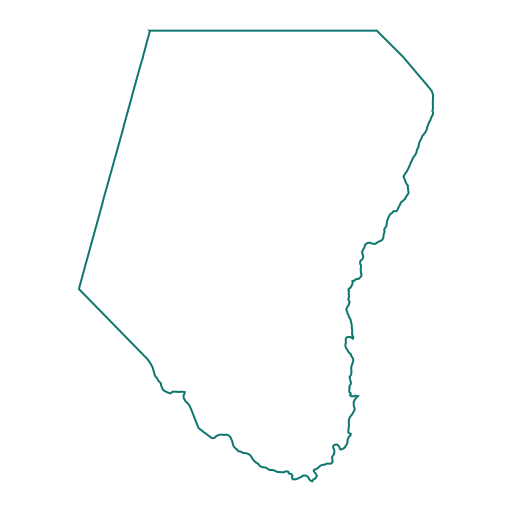 Susques, Jujuy, Argentina (Robinson projection)
{"feature_id": "61730980B41665984357705", "entity_name": "Susques", "entity_type": "district", "adm_level": 2, "iso_a3": "ARG", "parent_name": "Argentina", "parent_adm1": "Jujuy", "projection": "robinson", "projection_center": [-66.504, -23.606], "detail": "fine", "context": "isolated", "style": "outline", "palette": "teal", "viewbox_px": 512, "rotation_deg": 0, "n_neighbors": 0, "source": "geoboundaries", "source_scale": "gbopen_adm2", "svg_char_len": 6107}
<svg xmlns="http://www.w3.org/2000/svg" viewBox="0 0 512 512"><path d="M407.9,185.7L406.2,183.4L403.5,176.4L404.7,174.3L405.9,172.6L406.8,171.5L409.6,165.8L410.5,163.2L412.0,160.2L413.0,158.0L415.1,155.1L416.4,152.6L416.8,150.6L417.2,149.2L418.2,147.8L418.7,145.5L419.1,143.2L420.1,140.8L421.8,137.7L422.2,136.2L425.3,132.4L426.7,129.7L427.0,127.9L428.6,123.4L429.5,121.4L430.5,120.0L430.9,118.1L432.7,114.8L433.1,113.9L432.8,111.7L432.4,111.0L432.6,109.9L433.0,108.3L432.8,102.7L433.0,97.5L433.1,95.3L432.6,93.5L432.0,91.7L431.4,90.5L430.1,88.8L403.2,57.0L376.8,30.7L149.6,30.7L149.9,31.0L147.1,41.1L144.3,51.8L143.5,54.5L142.3,59.6L141.5,61.8L137.2,77.0L126.8,115.0L125.1,121.3L124.0,124.9L123.5,127.4L111.8,169.4L111.0,172.3L110.8,172.9L103.9,197.5L101.9,205.4L88.7,253.2L82.3,276.5L81.1,280.8L78.9,289.0L147.8,359.5L150.9,364.2L152.7,367.7L154.3,373.4L154.8,375.1L155.5,376.6L156.9,377.8L157.6,379.2L158.3,380.7L160.8,383.2L161.2,385.8L162.1,387.6L162.5,389.1L163.4,390.2L164.8,391.1L166.5,392.0L170.3,393.4L172.5,391.8L173.8,391.7L175.8,391.7L179.2,392.0L181.1,391.7L182.2,391.7L184.7,392.1L184.6,392.8L184.6,393.5L184.2,394.3L183.7,394.9L183.5,396.2L183.7,397.8L184.0,398.7L184.7,399.6L185.0,400.5L186.2,402.1L187.4,402.9L189.5,405.6L191.0,408.9L198.3,427.5L199.1,428.5L202.2,430.9L203.3,431.9L204.1,432.4L204.8,432.9L208.4,435.5L210.7,437.3L211.9,438.0L213.0,438.2L214.2,437.9L215.4,437.2L216.0,436.2L217.8,435.4L219.0,434.8L220.2,434.8L221.3,434.6L222.8,434.6L223.8,435.0L225.7,434.8L226.4,434.5L228.4,435.3L229.9,436.6L230.7,437.7L231.5,439.8L232.2,440.9L232.6,443.3L233.7,446.5L234.6,447.6L235.3,448.1L235.9,448.8L236.8,449.2L237.5,450.4L238.3,450.9L238.5,451.3L240.7,451.5L241.5,452.1L243.2,453.0L244.5,453.0L246.4,453.3L248.5,454.1L249.9,454.9L251.5,456.9L252.1,458.2L253.9,460.7L254.9,461.5L255.7,462.3L258.1,463.8L259.1,465.2L260.2,466.3L262.0,467.0L262.6,467.1L264.2,467.5L265.7,467.6L266.8,468.1L268.8,469.7L270.1,470.0L272.0,470.0L273.7,470.2L275.1,471.0L276.6,471.6L277.9,472.0L280.0,472.1L281.4,472.3L282.5,472.2L283.9,472.3L284.6,471.9L285.6,471.3L286.4,471.3L288.2,471.7L288.7,472.2L288.7,473.4L291.4,474.1L292.0,475.0L292.4,475.8L292.1,476.9L292.0,478.0L293.0,479.3L294.1,479.3L294.7,479.1L295.7,479.4L296.3,479.2L301.1,477.0L303.1,475.5L305.1,475.5L305.8,475.6L306.9,476.0L308.3,477.3L309.2,479.1L309.8,479.9L310.6,480.5L311.1,481.0L312.3,481.3L313.6,479.2L314.6,478.9L315.8,477.9L316.2,476.9L316.9,475.9L315.6,473.3L314.9,472.8L314.2,471.7L313.7,470.8L313.7,470.3L314.8,469.4L315.1,469.4L316.2,469.1L317.5,468.2L318.4,467.6L319.9,466.1L321.1,465.4L322.1,465.0L323.2,464.8L324.8,464.7L325.0,464.4L327.1,463.6L327.7,463.6L330.5,463.7L331.7,463.1L332.6,461.9L332.4,460.8L332.5,459.7L332.0,457.6L332.2,456.7L333.8,454.5L334.0,453.6L334.4,452.6L334.3,451.6L334.3,450.5L334.1,449.6L333.8,448.9L333.2,447.9L333.2,446.1L333.8,445.3L335.0,444.7L336.2,444.6L337.0,444.5L338.0,445.1L339.6,447.4L339.9,448.9L340.8,449.6L343.6,448.4L344.7,447.5L346.3,445.0L346.7,444.3L347.4,442.9L347.4,441.3L347.8,439.2L348.3,438.0L349.1,436.6L349.9,435.9L350.7,434.9L350.7,433.7L349.4,433.3L348.6,432.9L348.3,431.9L348.3,430.6L348.5,429.5L348.7,428.4L348.8,426.5L349.1,425.0L348.8,423.5L348.9,421.9L348.8,420.5L349.1,419.4L349.8,417.3L350.2,416.6L351.2,415.5L352.1,414.4L352.8,413.1L354.3,410.6L354.7,409.6L354.6,408.1L354.1,406.9L353.9,406.2L353.7,404.7L353.7,401.7L354.4,400.6L355.1,399.1L355.7,398.5L356.1,397.8L356.9,397.1L357.9,396.2L354.9,395.7L353.6,396.3L352.1,396.3L350.8,396.1L350.1,395.1L350.7,394.3L350.5,393.0L349.5,392.4L349.3,391.5L349.2,390.8L349.4,389.0L349.6,387.7L349.3,387.0L349.5,386.3L349.9,385.6L350.5,384.4L350.9,383.4L350.9,382.6L350.9,382.1L350.4,381.2L350.0,378.5L349.6,377.7L349.6,377.0L350.4,375.8L350.7,375.3L351.1,374.7L351.5,372.8L351.3,372.0L351.3,371.2L351.4,370.5L351.4,369.9L351.2,369.2L351.2,367.3L351.6,365.9L351.7,365.2L352.0,364.5L352.4,364.2L352.5,363.2L353.2,361.7L353.2,360.3L353.2,359.4L352.8,358.1L351.3,356.0L350.6,353.9L349.9,353.4L349.2,352.6L348.4,351.9L347.7,350.6L347.3,349.7L346.3,348.4L345.5,346.6L345.5,345.5L345.4,344.1L345.9,342.9L345.7,338.9L347.0,337.2L348.9,337.0L350.5,337.1L351.8,337.9L352.7,338.7L353.2,338.3L353.3,337.6L353.2,336.7L352.6,336.1L352.0,333.6L352.2,332.6L352.1,329.2L351.8,327.7L351.8,326.6L351.8,325.5L351.7,324.9L351.7,324.6L351.3,323.4L351.2,322.4L350.9,321.7L350.7,320.1L350.4,319.7L350.4,319.3L350.1,318.8L349.7,318.2L349.7,317.9L349.4,317.7L349.0,316.8L348.8,316.1L348.3,314.9L347.7,313.8L347.1,311.7L346.6,310.6L346.3,309.5L346.3,309.0L347.0,307.7L347.4,307.1L347.7,306.2L348.6,305.2L348.9,303.9L349.3,303.1L349.6,301.9L349.0,301.0L348.7,300.0L348.3,299.2L348.4,298.5L349.0,297.2L349.0,296.5L349.0,295.7L348.8,295.2L348.8,294.5L348.7,293.0L348.8,292.0L349.1,291.1L348.6,290.5L348.5,289.1L349.1,288.5L349.8,288.2L350.3,287.9L350.7,287.4L351.7,285.6L352.0,284.9L352.4,283.7L352.6,283.3L352.6,281.6L352.4,281.1L353.1,280.7L353.8,280.9L354.7,280.4L355.6,279.4L356.7,279.1L357.3,279.0L358.0,278.9L358.5,278.9L358.9,278.7L360.6,277.0L361.3,276.1L361.5,274.3L361.0,273.4L360.9,272.1L360.8,270.8L360.7,269.8L360.7,268.8L361.0,267.3L361.0,266.2L360.9,265.1L360.2,264.0L360.1,262.5L360.2,261.5L360.7,260.5L361.3,260.2L362.7,258.7L363.1,257.5L363.2,256.2L362.8,255.0L362.6,254.6L362.6,253.7L362.0,252.7L362.2,251.8L362.4,251.1L362.6,250.4L363.0,249.8L363.3,249.2L363.9,248.5L365.3,244.7L366.8,243.3L369.5,242.6L370.1,242.9L371.8,243.4L372.8,243.8L375.5,243.9L376.4,243.0L379.0,241.5L381.9,240.2L383.3,238.1L383.4,236.6L383.8,233.9L384.2,232.9L384.6,231.4L384.2,230.5L384.3,229.3L385.1,227.9L386.3,226.4L386.6,225.1L386.6,223.9L387.0,222.3L387.1,220.9L387.4,220.1L387.7,219.3L388.0,218.4L388.8,216.7L389.7,215.1L390.4,214.1L391.7,213.2L392.3,212.8L392.8,212.1L393.6,211.1L394.7,211.1L395.5,211.3L396.3,211.2L397.3,210.1L398.7,207.0L400.1,204.6L400.8,202.5L401.4,202.2L403.2,200.4L403.6,200.2L404.7,199.2L405.1,198.8L405.5,197.7L406.0,197.0L406.4,196.2L407.1,195.1L407.4,195.0L407.8,194.2L408.4,193.4L408.6,192.5L408.2,190.4L408.1,188.9L408.0,188.5L408.0,188.1L407.8,187.5L407.9,185.7Z" fill="none" stroke="#0f766e" stroke-width="2"/></svg>